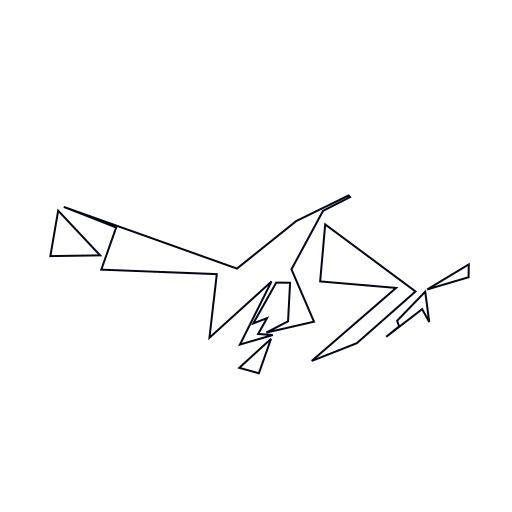 SVG path tracing the border of Magallanes y Antártica Chilena, rotated 320°
{"feature_id": "CHL-2692", "entity_name": "Magallanes y Antártica Chilena", "entity_type": "Region", "adm_level": 1, "iso_a3": "CHL", "parent_name": "Chile", "parent_adm1": "", "projection": "equal_earth", "projection_center": [-72.604, -52.278], "detail": "coarse", "context": "isolated", "style": "outline", "palette": "ink", "viewbox_px": 512, "rotation_deg": 320, "n_neighbors": 0, "source": "natural_earth", "source_scale": "10m", "svg_char_len": 755}
<svg xmlns="http://www.w3.org/2000/svg" viewBox="0 0 512 512"><g transform="rotate(320 256 256)"><path d="M140.3,94.8L233.3,253.4L309.4,255.1L365.8,269.1L365.9,271.3L336.4,264.5L274.6,289.0L258.2,343.6L214.7,321.3L238.6,326.6L264.9,298.4L254.4,289.4L210.6,305.9L224.5,310.7L207.5,317.1L218.0,327.3L186.8,313.5L251.5,285.5L167.8,288.7L214.3,244.7L128.7,167.0L167.2,144.3L140.3,94.8ZM355.4,385.7L277.2,387.6L231.2,372.2L342.8,370.5L288.8,316.7L329.3,276.3L355.4,385.7ZM137.0,155.3L98.4,123.9L133.6,94.1L137.0,155.3ZM362.7,392.1L346.3,417.9L349.1,403.5L303.8,401.6L320.4,401.9L322.5,396.3L362.7,392.1ZM214.3,329.1L182.8,347.7L171.3,330.9L214.3,329.1ZM405.2,408.9L365.7,391.7L413.6,399.2L405.2,408.9Z" fill="none" stroke="#020617" stroke-width="2"/></g></svg>